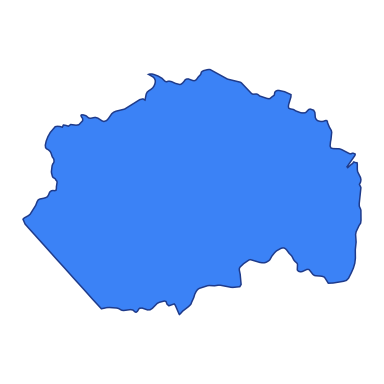 SVG path tracing the border of Cuyuni-Mazaruni
{"feature_id": "GUY-676", "entity_name": "Cuyuni-Mazaruni", "entity_type": "Region", "adm_level": 1, "iso_a3": "GUY", "parent_name": "Guyana", "parent_adm1": "", "projection": "albers", "projection_center": [-59.812, 6.174], "detail": "fine", "context": "isolated", "style": "filled", "palette": "blue", "viewbox_px": 384, "rotation_deg": 0, "n_neighbors": 0, "source": "natural_earth", "source_scale": "10m", "svg_char_len": 4636}
<svg xmlns="http://www.w3.org/2000/svg" viewBox="0 0 384 384"><path d="M168.9,305.8L167.1,304.3L166.0,301.5L164.4,301.0L159.4,302.3L157.2,303.4L152.4,308.3L150.1,309.8L147.5,309.9L142.2,308.1L139.7,308.2L138.8,309.0L137.4,311.3L136.2,312.2L135.4,312.1L134.5,311.5L133.7,310.7L132.8,310.0L130.4,309.6L123.7,310.5L122.0,310.3L120.6,309.7L119.4,308.9L117.9,308.3L116.5,308.0L109.4,307.5L106.8,307.6L101.4,308.8L92.2,298.8L83.2,288.7L74.1,278.7L65.1,268.6L56.0,258.6L47.0,248.5L37.9,238.4L28.9,228.4L25.1,224.1L23.0,219.2L24.3,217.9L28.3,215.7L30.1,214.3L35.7,205.4L37.2,201.5L38.3,199.8L39.9,199.0L43.9,198.2L45.8,197.6L47.3,196.8L48.4,195.2L49.7,192.1L51.3,190.8L52.9,190.5L54.7,190.7L56.0,190.3L56.4,188.4L56.4,186.8L57.1,182.2L56.8,181.0L56.5,180.6L56.1,180.4L55.7,179.6L55.1,178.7L53.0,177.4L52.4,176.3L51.5,172.9L51.4,171.6L52.1,165.8L52.7,164.1L53.7,162.7L54.0,161.7L54.0,160.7L53.9,159.7L53.6,158.7L52.3,156.9L51.1,153.3L50.2,151.5L48.4,149.8L46.7,148.9L45.6,147.7L45.3,145.2L46.2,141.1L47.9,136.7L50.3,132.4L54.0,128.1L55.2,126.7L57.4,126.3L60.0,126.5L62.3,127.2L63.4,125.0L65.9,125.4L68.4,126.2L70.7,124.5L76.1,125.2L78.6,124.8L79.2,124.4L82.5,120.9L82.7,120.4L82.7,119.4L82.5,118.3L81.3,116.6L81.0,115.3L81.7,114.8L83.3,114.9L85.9,115.7L86.7,116.3L87.6,117.1L88.6,117.9L90.1,118.3L91.2,118.2L93.9,117.6L95.3,117.4L97.8,118.1L102.1,120.9L103.9,121.5L106.5,120.6L108.4,118.6L111.8,113.7L113.7,112.2L116.0,111.2L124.6,109.1L139.8,99.6L143.0,98.9L145.0,100.1L146.2,94.1L147.2,92.1L149.0,90.6L151.0,89.3L152.7,87.9L153.9,86.2L154.8,84.2L155.3,82.1L155.2,80.1L154.3,78.2L152.8,76.8L148.6,74.4L149.9,74.0L152.0,74.0L154.0,74.5L158.2,76.1L162.0,78.3L164.7,81.0L165.7,81.6L166.6,81.8L168.2,81.2L169.5,81.2L171.7,81.7L175.4,83.4L179.6,84.5L180.5,84.4L181.2,84.1L182.0,83.5L182.9,82.7L183.6,81.9L184.3,81.1L184.7,80.4L185.3,79.7L186.4,79.1L188.2,78.9L193.0,80.6L194.1,80.7L195.1,80.5L196.0,79.9L196.7,79.2L197.9,77.5L198.5,76.7L200.1,75.1L200.7,74.3L201.2,72.8L201.4,72.1L202.3,71.3L203.7,70.6L207.3,69.7L209.0,69.5L210.2,69.6L227.5,79.1L239.9,82.1L240.7,82.4L241.5,83.0L251.3,93.3L252.0,93.8L253.0,94.2L256.4,94.0L257.2,94.2L258.0,94.6L259.7,96.0L266.9,98.4L268.6,98.7L269.9,98.6L272.4,96.5L273.9,95.5L274.3,95.0L274.7,92.8L274.9,92.1L275.4,91.6L276.0,91.0L277.3,90.5L278.2,90.4L279.2,90.5L284.6,91.7L291.0,94.6L290.9,97.0L288.6,104.7L288.4,106.7L288.7,108.1L289.6,108.6L290.4,108.9L293.4,109.5L294.0,109.8L295.4,110.7L296.0,111.0L300.3,112.6L301.8,112.9L303.3,112.9L304.1,112.9L304.8,112.8L305.5,112.6L306.1,112.2L308.3,109.9L309.1,109.3L310.4,109.1L313.6,110.2L314.7,112.1L314.9,112.7L315.3,117.6L316.1,119.2L317.0,120.2L318.0,120.8L320.2,121.4L322.0,121.5L322.7,121.4L323.4,121.3L324.8,120.8L325.8,120.5L326.8,120.6L327.4,121.6L327.5,122.6L329.3,127.0L331.3,130.5L331.7,132.4L331.0,139.2L330.5,141.8L330.1,146.0L330.6,147.3L331.1,148.1L331.8,148.3L333.3,148.6L339.3,148.8L340.6,149.2L341.9,149.7L349.0,153.4L350.1,153.8L351.0,153.8L351.6,153.5L352.5,153.2L353.1,153.2L355.0,153.9L355.2,154.1L354.9,155.5L347.0,166.8L347.5,167.1L347.8,167.6L351.5,164.2L352.7,163.5L353.0,163.0L353.3,162.3L353.8,161.9L355.4,162.6L356.5,162.7L357.0,162.7L357.3,164.0L357.3,169.4L357.6,171.7L360.5,177.5L360.9,179.6L360.8,180.7L360.6,181.8L360.3,182.8L359.7,183.6L359.4,184.5L359.9,185.5L360.5,186.6L360.9,187.7L359.2,203.8L359.3,206.3L360.6,209.2L360.9,210.4L361.0,220.3L360.6,223.2L359.1,225.4L356.1,231.8L355.6,234.5L356.1,242.1L355.3,249.8L355.4,258.1L354.8,263.2L353.4,268.0L351.2,273.0L348.5,278.3L346.4,280.4L343.5,281.3L333.2,283.0L328.3,283.2L325.2,278.3L324.6,277.5L323.9,276.9L323.0,276.6L322.1,276.3L320.8,276.1L315.5,275.7L314.5,275.5L313.7,275.0L312.8,274.3L309.6,270.2L309.1,269.6L308.1,269.4L306.9,269.4L302.6,271.4L301.5,271.7L300.4,271.8L298.8,271.4L297.9,270.7L297.3,269.9L297.3,269.1L297.5,264.5L297.3,263.7L296.7,262.9L295.1,261.5L294.3,260.6L293.7,259.8L292.0,256.4L291.4,255.6L289.1,253.3L286.6,249.9L285.8,249.1L284.9,248.4L284.0,248.0L283.1,247.9L281.9,248.1L280.9,248.4L276.6,250.8L275.4,251.9L274.1,253.3L271.8,256.2L270.2,259.1L269.6,260.0L268.5,260.9L266.5,262.1L265.2,262.6L264.1,262.8L263.3,262.8L261.5,262.7L259.7,262.4L250.7,259.7L250.0,259.7L249.5,259.8L248.8,260.1L243.7,263.6L240.3,266.8L239.7,267.6L239.3,268.7L239.3,270.0L240.2,274.5L241.1,284.5L239.8,286.7L232.9,287.4L231.1,287.3L220.2,285.2L218.3,285.2L214.5,285.8L209.3,285.5L208.4,285.6L207.6,285.7L199.8,288.2L198.5,288.8L197.3,289.9L196.2,291.4L194.8,294.1L193.7,297.7L191.6,302.3L191.0,304.0L190.0,305.2L188.4,306.7L182.7,311.1L180.4,313.7L179.4,314.5L179.1,314.1L175.3,305.3L174.2,303.9L168.9,305.8Z" fill="#3b82f6" stroke="#1e3a8a" stroke-width="1.5"/></svg>